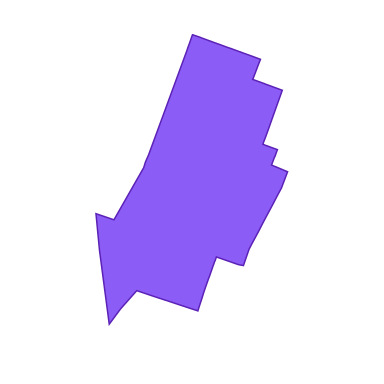 Stefan Cel Mare, Calarasi, Romania (Albers equal-area conic projection), rotated 17°
{"feature_id": "2599482B78620668788752", "entity_name": "Stefan Cel Mare", "entity_type": "district", "adm_level": 2, "iso_a3": "ROU", "parent_name": "Romania", "parent_adm1": "Calarasi", "projection": "albers", "projection_center": [27.635, 44.434], "detail": "fine", "context": "isolated", "style": "filled", "palette": "violet", "viewbox_px": 384, "rotation_deg": 17, "n_neighbors": 0, "source": "geoboundaries", "source_scale": "gbopen_adm2", "svg_char_len": 1348}
<svg xmlns="http://www.w3.org/2000/svg" viewBox="0 0 384 384"><g transform="rotate(17 192 192)"><path d="M151.5,342.6L157.9,324.6L168.0,302.5L185.9,303.0L228.1,303.9L230.2,303.9L232.4,304.0L232.4,300.0L232.6,291.1L232.6,284.9L232.8,278.5L233.2,269.6L233.4,267.0L233.5,263.7L233.6,261.8L233.7,259.3L233.7,257.9L233.9,254.9L234.0,252.0L234.2,250.8L234.3,247.0L239.6,247.2L257.7,247.9L262.7,247.3L262.7,246.8L263.3,230.4L263.3,230.1L264.3,224.6L267.1,210.7L268.6,202.3L270.2,193.9L272.9,180.3L274.8,170.0L276.4,162.0L276.6,158.6L277.5,144.7L268.8,143.8L260.2,143.0L260.7,134.7L261.0,133.5L261.1,130.0L261.3,126.5L255.2,126.2L245.9,125.7L245.9,123.2L246.3,118.0L246.7,110.2L247.4,94.5L247.7,87.7L248.3,75.0L248.5,70.8L248.6,68.3L248.2,68.3L243.1,68.0L240.8,67.9L235.9,67.6L230.1,67.3L229.4,67.2L223.5,66.9L217.2,66.6L217.5,62.4L218.0,54.9L218.1,52.7L218.7,45.1L211.7,44.7L200.0,44.1L190.7,43.6L187.3,43.4L182.9,43.3L176.6,42.9L169.8,42.6L159.0,42.0L155.4,41.8L155.2,41.7L154.4,41.7L153.2,41.6L152.8,41.6L151.1,41.6L150.2,41.5L149.2,41.5L147.8,41.5L147.3,41.4L147.2,41.5L146.9,41.5L146.5,41.5L146.4,42.7L146.3,45.7L146.1,50.6L145.9,54.0L145.8,55.5L145.8,56.8L145.8,57.2L145.8,57.4L142.3,121.2L139.6,169.4L138.7,176.9L138.7,182.8L125.5,241.4L106.5,240.8L120.7,275.1L132.7,301.4L151.5,342.6Z" fill="#8b5cf6" stroke="#5b21b6" stroke-width="1.5"/></g></svg>